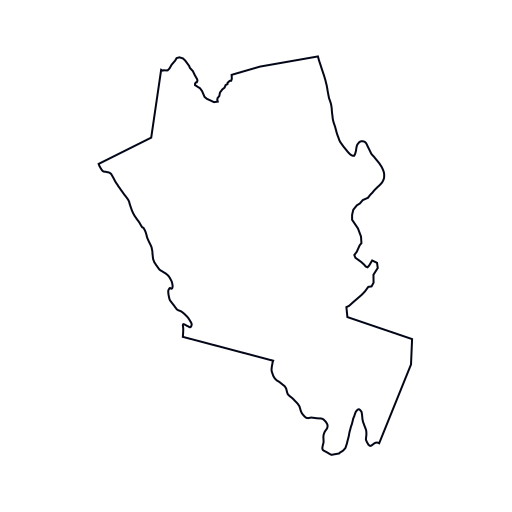 La Retraite, Laborie, Saint Lucia (Equal Earth projection), rotated 352°
{"feature_id": "8701671B80994766223390", "entity_name": "La Retraite", "entity_type": "district", "adm_level": 2, "iso_a3": "LCA", "parent_name": "Saint Lucia", "parent_adm1": "Laborie", "projection": "equal_earth", "projection_center": [-60.966, 13.759], "detail": "fine", "context": "isolated", "style": "outline", "palette": "ink", "viewbox_px": 512, "rotation_deg": 352, "n_neighbors": 0, "source": "geoboundaries", "source_scale": "gbopen_adm2", "svg_char_len": 6104}
<svg xmlns="http://www.w3.org/2000/svg" viewBox="0 0 512 512"><g transform="rotate(352 256 256)"><path d="M113.0,142.9L113.4,144.8L113.9,146.2L115.0,148.8L115.6,149.9L116.2,150.7L117.2,151.3L118.3,151.5L119.4,151.9L120.7,152.4L121.7,152.7L122.7,153.3L123.5,154.1L123.9,154.5L124.4,155.6L125.8,159.2L126.9,162.4L127.9,164.6L128.7,166.1L129.3,167.6L129.9,168.7L130.7,170.2L131.3,171.5L131.9,172.6L132.7,174.1L133.4,175.5L134.5,177.5L135.4,179.0L136.2,180.5L137.0,182.0L137.5,183.2L137.9,184.6L138.1,186.4L138.8,190.4L139.3,192.9L139.7,194.5L140.3,196.5L140.7,197.6L141.4,199.4L143.0,202.6L143.9,204.3L144.6,205.5L145.3,207.0L145.8,208.3L146.5,210.0L147.2,211.6L148.5,212.5L149.3,214.5L149.8,216.1L150.1,217.4L150.4,219.4L150.6,220.7L150.6,221.7L150.9,223.1L151.2,224.3L151.5,225.3L152.0,227.1L152.5,228.5L153.0,230.0L153.5,231.7L153.8,232.9L153.9,234.9L154.0,236.2L154.0,237.2L153.8,239.4L153.8,240.7L153.7,242.5L153.7,244.8L154.5,248.3L155.1,249.3L155.6,250.6L156.9,253.0L157.8,254.8L158.5,256.0L159.5,257.0L160.8,258.0L162.0,259.0L162.8,259.7L163.9,260.5L165.0,261.7L165.7,262.4L166.7,263.8L167.4,265.2L167.7,266.0L168.2,267.3L168.6,268.4L168.9,269.3L169.2,271.0L169.2,271.4L169.3,273.6L169.2,274.4L169.0,275.2L168.6,276.1L168.3,276.4L168.0,276.6L167.5,276.6L167.0,276.2L166.4,275.7L165.8,276.0L165.2,276.7L164.5,277.7L164.3,278.2L164.1,279.3L164.0,280.7L164.0,282.3L164.1,284.3L164.3,286.5L164.5,287.4L164.8,288.2L165.4,289.3L166.1,290.5L166.6,291.4L167.3,292.6L167.7,293.2L168.5,294.8L169.0,295.7L169.7,297.0L170.2,297.8L170.8,298.4L171.8,299.1L173.9,300.2L174.5,300.8L175.0,301.2L175.4,301.6L176.4,302.7L176.8,303.1L177.7,304.3L179.4,306.5L180.3,308.0L180.8,309.0L181.7,311.1L182.1,312.0L182.4,312.6L182.6,313.4L182.8,314.4L182.8,314.9L182.2,316.3L181.6,317.1L180.8,317.4L180.1,317.1L179.0,316.2L177.8,315.5L176.7,314.6L175.6,313.8L174.8,313.4L174.3,313.5L173.9,314.4L173.9,317.2L173.7,318.7L173.5,320.0L173.1,322.2L172.3,325.9L258.4,362.1L257.8,363.2L257.6,363.8L257.0,365.7L256.6,366.7L256.0,368.8L255.6,370.5L255.5,371.5L255.6,373.1L255.8,374.0L256.1,375.5L256.3,376.7L256.6,377.6L257.0,378.6L257.5,379.7L258.1,380.6L259.2,382.0L260.2,382.9L260.6,383.1L262.0,384.4L263.6,386.1L265.3,387.9L265.9,388.5L266.5,389.3L266.7,389.8L267.1,390.7L267.4,391.5L267.5,392.3L267.9,395.8L268.2,397.2L268.8,398.1L269.4,398.9L270.4,400.0L271.5,401.1L272.8,402.6L273.5,403.6L274.4,404.9L275.4,406.2L276.1,407.2L276.9,408.4L277.4,409.5L278.1,410.9L278.2,411.6L278.5,413.4L278.6,414.3L278.9,416.0L279.3,417.5L279.9,418.8L280.5,419.8L281.5,421.3L282.1,422.1L283.2,423.2L284.1,423.6L285.1,423.8L287.3,423.7L288.6,423.7L289.7,424.1L290.4,424.2L291.7,424.6L292.7,424.9L293.5,425.1L296.3,425.7L297.2,425.8L298.4,426.2L299.3,426.6L300.3,427.5L301.4,429.0L302.0,429.8L302.4,430.7L302.9,431.8L303.2,432.9L303.3,433.6L303.1,434.8L302.7,436.0L302.3,436.7L301.0,438.1L300.4,438.7L299.4,439.9L298.7,441.2L298.2,442.2L297.8,443.3L297.5,444.8L297.3,447.1L297.2,448.3L297.0,449.5L296.8,450.5L296.4,451.3L296.0,452.2L295.6,453.4L295.1,454.8L294.9,456.2L295.1,457.2L295.9,458.1L297.3,459.1L298.8,460.2L300.2,461.3L301.8,462.6L303.1,463.4L310.9,463.1L311.8,462.3L312.8,461.9L313.8,461.5L315.2,460.8L316.9,459.4L317.7,458.7L318.2,457.9L318.5,457.2L319.9,454.4L320.7,452.3L321.9,449.5L322.8,447.3L323.5,445.1L324.2,443.1L325.2,440.8L326.2,438.4L327.5,435.9L328.5,433.5L329.7,430.4L331.1,428.1L331.8,426.6L332.6,425.1L333.1,424.2L333.7,423.6L334.4,423.0L334.9,422.6L335.6,422.2L336.5,422.1L337.0,422.3L337.7,423.1L338.8,425.0L338.9,426.5L338.9,428.3L338.7,432.8L338.9,435.0L339.1,436.1L339.5,437.7L339.7,439.0L340.2,440.9L340.5,442.3L340.7,443.2L340.8,444.1L340.8,445.3L340.6,447.2L340.4,448.6L340.2,449.3L339.4,452.5L339.3,453.0L339.4,453.7L339.6,454.5L339.9,455.6L340.2,456.3L340.7,457.6L341.0,458.4L341.7,459.2L342.4,459.8L343.1,460.0L343.5,459.9L344.2,459.6L345.5,458.9L346.9,458.1L347.9,457.7L348.9,457.5L349.7,457.6L350.7,457.8L351.5,458.3L351.9,458.6L394.4,385.0L399.0,360.0L338.0,329.2L338.4,319.2L341.3,318.3L345.1,315.7L355.2,309.2L359.0,306.2L362.9,302.2L366.2,302.2L368.7,298.8L369.7,290.9L374.9,284.8L374.9,279.6L370.4,276.6L366.8,281.1L364.9,282.7L363.2,281.7L361.8,279.5L359.3,276.5L354.2,271.6L353.5,268.7L356.4,265.8L360.1,259.9L362.2,257.9L362.7,251.4L360.8,242.9L358.6,238.4L356.2,233.5L356.9,228.6L358.8,223.7L363.0,219.8L366.1,218.5L369.5,215.5L375.1,213.9L375.4,213.4L375.9,213.1L377.0,211.9L378.4,210.7L379.7,209.8L380.9,208.7L382.3,207.4L384.8,205.5L386.6,204.2L388.0,203.3L389.9,201.8L391.1,200.7L392.4,199.0L393.5,197.0L394.0,195.1L394.3,192.8L394.3,191.3L394.0,189.4L393.5,187.4L392.8,185.2L390.9,181.2L389.5,178.9L387.9,176.3L386.7,174.2L385.3,172.3L384.4,170.8L383.6,168.3L382.7,165.5L382.2,164.1L381.1,160.5L380.5,159.2L379.8,158.3L378.7,157.6L377.8,157.3L376.7,157.0L375.1,157.2L373.9,157.8L373.5,158.2L372.5,159.1L371.7,160.0L370.8,161.8L370.2,163.8L369.5,166.1L368.8,167.7L368.3,168.8L367.6,169.8L367.1,170.4L366.4,170.3L365.5,170.1L364.3,169.3L363.2,168.2L362.3,167.0L361.4,165.7L360.5,164.2L359.8,163.0L357.9,159.9L355.2,154.7L354.5,152.4L354.2,150.7L353.4,147.2L353.0,144.9L352.8,142.8L352.5,140.7L352.3,139.0L351.9,136.9L351.5,134.9L351.2,132.4L351.1,130.3L351.2,128.4L351.2,127.3L351.2,125.5L351.3,123.3L351.5,120.7L351.5,119.3L351.5,117.2L351.3,115.1L350.9,112.8L350.3,110.0L350.2,108.5L350.1,106.6L350.0,104.6L349.9,102.7L349.9,100.8L349.8,98.7L349.7,96.4L349.5,94.9L349.3,92.8L349.2,91.7L348.4,86.3L347.9,83.8L347.6,82.1L347.2,80.0L346.6,76.5L346.3,74.9L346.0,73.2L345.6,71.1L345.4,69.5L345.2,67.7L345.1,67.0L286.3,69.0L257.1,73.2L256.7,77.2L255.8,79.0L254.3,78.9L252.0,80.5L251.7,81.8L249.7,82.5L248.3,84.9L245.9,86.3L243.1,89.1L241.9,92.5L240.0,94.2L239.4,95.8L239.6,97.8L235.8,97.8L232.8,95.8L231.4,94.9L229.2,93.5L227.2,91.3L225.5,85.1L223.9,82.1L222.7,81.1L219.4,78.3L219.6,76.9L220.5,75.8L221.5,75.8L222.4,74.3L222.3,72.7L220.6,68.5L219.2,64.1L216.7,60.5L216.3,58.6L213.2,52.8L211.2,50.2L207.8,48.6L204.9,49.0L203.2,51.2L200.6,53.5L199.1,54.8L196.4,58.3L194.3,59.9L191.6,59.5L190.6,59.2L189.5,59.5L188.0,58.4L168.7,124.2L113.0,142.9Z" fill="none" stroke="#020617" stroke-width="2"/></g></svg>